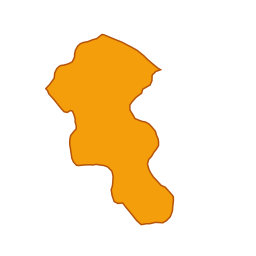 the district of Shabran District, Dəvəçi, Azerbaijan, rotated 318°
{"feature_id": "54616110B33183266084070", "entity_name": "Shabran District", "entity_type": "district", "adm_level": 2, "iso_a3": "AZE", "parent_name": "Azerbaijan", "parent_adm1": "Dəvəçi", "projection": "albers", "projection_center": [48.887, 41.122], "detail": "fine", "context": "isolated", "style": "filled", "palette": "amber", "viewbox_px": 256, "rotation_deg": 318, "n_neighbors": 0, "source": "geoboundaries", "source_scale": "gbopen_adm2", "svg_char_len": 1693}
<svg xmlns="http://www.w3.org/2000/svg" viewBox="0 0 256 256"><g transform="rotate(318 128 128)"><path d="M93.3,43.7L93.2,43.9L93.3,46.0L92.0,49.8L92.0,57.3L91.6,64.1L91.3,69.0L91.4,73.2L93.3,75.8L96.9,76.5L98.0,78.3L96.9,81.6L94.8,85.9L92.7,88.2L91.1,91.6L88.9,94.0L83.8,94.6L80.5,95.2L77.7,97.1L75.2,99.5L73.3,101.8L71.5,104.7L68.5,109.2L66.1,112.8L64.8,116.6L64.8,121.3L66.6,123.2L69.7,125.4L74.3,129.1L77.4,132.2L79.9,133.6L82.3,136.6L84.9,139.6L86.9,143.4L87.1,149.4L84.7,153.8L81.1,157.5L77.4,160.8L74.2,162.6L71.1,167.4L68.5,173.4L70.0,177.3L73.9,180.2L73.5,184.6L73.0,195.0L72.5,202.7L72.9,206.4L73.2,208.7L77.4,211.3L80.2,213.7L85.1,216.4L87.3,218.5L90.4,221.7L94.3,222.6L98.9,222.3L100.0,222.2L103.1,220.7L106.3,218.7L107.8,217.1L111.1,214.2L113.4,212.1L115.7,209.4L116.0,206.9L116.0,201.9L116.1,197.0L114.2,192.7L114.2,188.2L114.1,181.1L114.8,176.4L115.7,173.2L116.9,170.5L118.5,167.6L122.4,165.2L126.6,164.8L131.1,163.3L134.3,162.9L138.9,161.5L141.4,158.8L143.2,156.0L144.2,152.7L146.1,148.9L146.3,146.0L146.4,142.8L146.3,139.1L145.1,135.5L142.9,132.5L141.3,129.5L139.5,125.6L140.5,121.4L141.4,116.0L144.7,112.2L148.2,111.3L154.5,110.6L161.4,111.2L164.9,109.0L168.9,109.9L173.2,110.8L177.4,108.9L181.3,104.9L186.5,104.6L190.4,106.2L191.2,106.5L190.2,103.4L189.1,95.9L188.3,89.4L188.1,85.0L186.8,76.6L184.8,70.6L180.8,59.9L177.8,53.9L175.4,48.8L172.4,42.5L171.2,41.1L164.4,40.6L161.1,38.9L156.1,37.0L152.0,34.6L148.9,33.4L145.3,33.5L141.1,35.0L137.8,37.3L136.1,39.2L133.5,40.5L130.7,41.5L128.9,41.1L125.6,39.9L122.5,38.4L120.1,36.7L117.9,36.1L114.8,36.3L113.1,36.9L110.3,38.1L108.8,39.5L106.5,41.6L98.5,43.3L93.3,43.7Z" fill="#f59e0b" stroke="#b45309" stroke-width="1.5"/></g></svg>